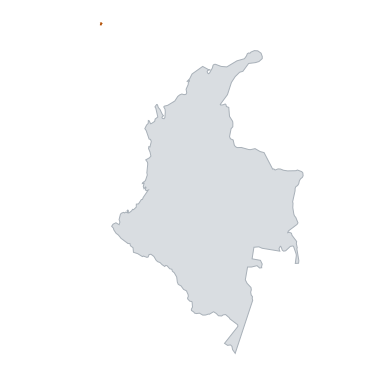 San Andrés, Colombia shown in context, rotated 9°
{"feature_id": "7082276B48431057450442", "entity_name": "San Andrés", "entity_type": "district", "adm_level": 2, "iso_a3": "COL", "parent_name": "Colombia", "parent_adm1": "", "projection": "natural_earth1", "projection_center": [-81.711, 12.538], "detail": "fine", "context": "in_parent", "style": "filled", "palette": "amber", "viewbox_px": 384, "rotation_deg": 9, "n_neighbors": 0, "source": "geoboundaries", "source_scale": "gbopen_adm2", "svg_char_len": 4052}
<svg xmlns="http://www.w3.org/2000/svg" viewBox="0 0 384 384"><g transform="rotate(9 192 192)"><path d="M237.7,52.7L234.4,54.3L227.8,56.2L223.4,64.8L220.3,66.3L216.6,71.3L213.8,77.6L211.8,90.3L206.2,101.1L206.7,101.6L208.9,101.1L211.0,99.9L211.8,100.3L212.6,102.2L215.1,102.7L217.2,111.4L221.1,115.9L221.6,117.6L222.1,121.2L220.7,123.4L220.4,131.4L221.6,133.4L224.5,134.2L226.5,139.2L227.7,140.3L229.5,141.1L233.7,140.3L241.4,141.2L243.2,141.0L247.5,139.3L253.0,141.4L257.0,141.8L268.1,156.8L269.2,156.4L270.6,157.3L273.4,155.7L275.8,155.5L278.9,156.2L283.1,156.2L291.4,154.7L292.6,153.8L297.2,154.7L298.5,155.8L299.2,158.6L298.7,160.3L297.1,162.1L296.3,164.3L296.1,167.1L295.3,169.1L293.8,170.4L293.3,172.3L293.6,174.8L292.9,186.1L293.5,187.1L294.0,191.7L296.0,197.8L296.9,199.5L298.5,200.9L301.5,205.9L300.8,207.6L293.3,215.4L292.9,217.2L294.4,216.5L296.7,217.2L297.5,219.1L303.1,224.5L303.1,226.6L304.7,230.7L304.4,231.6L308.3,243.2L308.4,245.7L305.2,246.4L305.0,238.6L304.6,237.0L300.9,230.0L300.2,229.5L297.7,230.3L293.7,235.4L291.8,236.1L290.3,235.4L288.7,232.4L287.7,231.8L286.8,234.4L288.0,236.7L270.1,236.6L266.6,235.7L261.8,236.9L261.8,248.6L270.3,248.8L272.6,252.2L272.4,254.9L272.7,255.9L270.7,256.5L267.7,254.6L262.5,256.8L258.6,257.4L258.4,270.4L260.7,273.6L265.2,277.1L265.9,279.4L265.6,281.7L266.6,284.5L268.1,285.9L268.1,287.6L268.9,289.5L259.9,344.6L256.7,341.3L255.6,338.2L254.0,337.0L251.1,337.9L247.8,336.4L258.3,317.7L257.9,316.0L249.3,311.4L248.4,310.3L244.3,307.8L242.0,308.5L240.7,309.8L237.5,310.1L235.0,308.2L232.0,306.9L228.3,310.0L227.3,310.0L224.7,311.4L221.9,311.9L218.3,310.5L215.4,311.4L213.4,311.2L212.6,310.3L210.0,309.1L209.7,307.9L210.5,305.6L209.4,301.0L208.9,300.2L207.0,300.2L204.7,298.5L204.2,297.5L204.7,295.7L204.3,294.1L202.0,290.5L198.9,289.5L195.9,286.5L192.9,285.4L191.6,283.3L190.2,278.4L187.1,274.5L185.0,273.3L184.2,271.5L182.0,271.3L179.0,268.8L177.6,268.6L176.7,269.8L173.9,268.5L171.5,266.7L169.0,266.2L167.3,265.1L164.4,261.6L161.2,259.9L159.4,260.5L158.8,263.1L157.7,263.6L154.0,262.9L153.4,263.5L152.5,263.3L148.0,261.4L143.6,260.7L142.5,256.3L139.6,254.7L138.8,252.7L136.8,252.9L129.2,248.9L126.1,246.1L123.4,244.6L120.6,241.5L120.2,240.2L118.0,238.4L119.1,236.1L121.7,234.3L125.1,235.7L125.5,233.0L124.3,230.6L124.8,225.1L125.7,223.9L127.6,222.8L128.7,223.2L129.5,222.3L132.2,222.7L133.1,222.4L135.2,220.2L136.1,218.4L137.0,218.6L139.3,215.7L138.9,212.7L141.0,212.1L143.2,207.3L144.2,207.1L144.7,204.9L148.5,196.9L147.1,197.8L145.6,197.3L145.8,194.6L145.4,194.3L144.1,196.3L143.0,194.2L143.3,190.8L141.6,191.5L141.7,190.7L144.2,188.1L145.2,182.2L144.4,180.1L143.9,171.3L143.4,169.6L141.3,167.5L144.6,164.9L145.8,163.0L144.3,159.1L142.3,155.9L142.3,153.9L143.4,154.1L143.9,148.6L142.8,146.5L141.4,146.5L137.1,138.4L135.5,136.8L136.7,132.9L138.0,131.2L137.7,128.2L138.6,128.4L140.4,131.1L141.2,130.7L144.1,128.1L144.2,125.7L146.5,123.3L143.2,115.0L142.1,113.7L143.4,111.1L144.2,111.2L145.5,113.8L147.5,115.5L150.6,120.1L151.9,121.1L150.9,122.2L150.7,123.3L151.2,123.9L152.9,124.0L153.6,122.7L153.1,117.1L152.4,114.4L150.8,112.4L151.3,111.5L154.4,110.2L160.8,104.8L163.0,99.8L164.7,98.0L166.6,96.8L168.9,97.1L170.7,96.5L171.3,94.9L170.1,91.4L171.4,86.6L171.3,84.2L172.2,82.8L171.9,82.2L169.6,83.9L172.0,80.5L173.6,75.4L182.9,66.3L189.0,68.5L191.0,68.4L188.5,69.5L188.1,70.8L189.0,72.2L189.9,72.6L190.7,71.7L192.7,66.4L193.0,63.5L193.9,62.5L195.2,62.2L201.1,63.4L206.8,63.0L215.9,55.4L222.9,52.2L224.5,49.1L225.0,46.8L226.2,45.8L227.5,45.9L228.3,44.6L231.5,42.6L234.9,42.3L238.5,44.1L240.2,47.2L240.5,49.3L237.7,52.7ZM132.3,221.8L131.9,222.2L131.1,221.4L130.8,220.5L131.3,219.9L131.9,220.1L132.3,221.8Z" fill="#d9dde1" stroke="#a8b0b8" stroke-width="1"/><path d="M76.3,39.6L76.2,39.5L76.3,39.5L76.2,39.5L76.1,39.4L75.9,39.5L75.8,39.8L75.7,39.9L75.7,40.0L75.7,40.3L75.6,40.5L75.7,40.8L75.7,41.0L75.6,41.3L75.7,41.5L75.7,41.4L75.8,41.3L75.8,41.2L75.9,40.9L75.9,40.7L76.0,40.6L76.0,40.4L76.1,40.2L76.0,39.9L76.1,39.7L76.3,39.6L76.3,39.6Z" fill="#f59e0b" stroke="#b45309" stroke-width="1.5"/></g></svg>